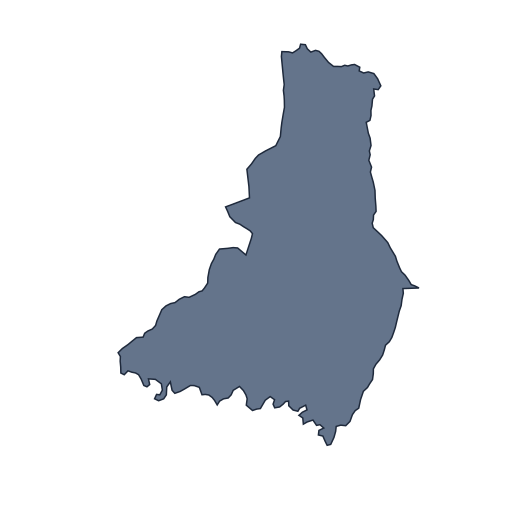 outline of Astorga, Paraná, Brazil, rotated 349°
{"feature_id": "56859067B33655617735681", "entity_name": "Astorga", "entity_type": "district", "adm_level": 2, "iso_a3": "BRA", "parent_name": "Brazil", "parent_adm1": "Paraná", "projection": "natural_earth1", "projection_center": [-51.712, -23.236], "detail": "fine", "context": "isolated", "style": "filled", "palette": "slate", "viewbox_px": 512, "rotation_deg": 349, "n_neighbors": 0, "source": "geoboundaries", "source_scale": "gbopen_adm2", "svg_char_len": 3092}
<svg xmlns="http://www.w3.org/2000/svg" viewBox="0 0 512 512"><g transform="rotate(349 256 256)"><path d="M407.7,116.0L411.0,112.8L409.2,105.2L406.5,99.4L401.3,96.7L396.6,96.9L392.6,94.0L393.9,90.5L389.3,86.8L386.1,86.6L382.4,87.0L379.5,85.7L376.0,86.4L372.4,85.5L368.3,84.7L364.1,79.8L361.0,74.1L359.0,70.0L356.9,67.1L353.7,65.5L348.7,66.3L345.9,62.4L344.8,58.0L340.2,56.6L338.4,60.3L333.8,62.4L330.6,63.6L327.0,61.8L320.4,60.3L319.0,65.0L317.3,82.4L316.8,88.0L316.4,93.1L314.5,98.6L314.1,104.3L313.5,108.7L312.3,115.5L309.7,122.2L306.9,129.7L305.1,135.2L302.7,143.4L299.3,147.8L296.5,151.5L285.9,154.5L277.8,157.3L274.0,160.0L269.2,164.7L263.6,169.1L262.3,186.5L260.7,197.7L235.5,202.0L236.7,206.9L237.8,212.5L242.2,219.2L246.2,221.7L249.4,224.9L252.2,227.4L255.1,230.2L256.8,233.4L254.8,237.8L246.3,253.1L239.5,244.6L235.2,243.4L229.8,243.1L221.5,242.2L216.8,246.7L213.9,251.2L210.8,254.9L207.6,260.4L204.7,267.8L203.4,273.4L199.2,277.7L196.4,280.0L193.2,280.2L189.1,282.1L182.4,283.8L178.0,282.3L172.5,283.8L167.6,286.3L163.1,286.4L158.1,287.8L153.3,290.7L150.3,295.1L146.3,300.9L144.2,305.0L140.3,307.9L135.5,309.0L132.0,310.6L129.7,314.1L123.1,313.3L117.7,316.2L113.5,318.5L107.2,321.3L102.2,324.6L103.7,328.8L102.6,333.3L102.0,339.3L101.0,345.1L104.0,347.4L108.4,344.3L112.0,346.4L115.4,347.8L118.1,350.1L119.8,355.0L121.2,361.7L124.0,363.6L127.1,361.9L127.0,356.1L133.7,357.9L138.7,363.4L138.5,369.8L135.1,373.9L132.0,372.9L129.2,376.8L132.8,379.5L138.1,378.6L141.5,375.2L143.4,367.5L147.9,363.2L148.0,371.8L150.1,375.3L155.7,374.5L160.5,372.9L166.9,370.6L170.6,371.4L175.3,374.1L176.5,381.9L179.8,382.2L183.1,383.4L186.0,386.5L187.7,389.7L189.5,394.8L192.6,391.5L196.9,390.0L201.6,390.1L205.1,387.6L208.0,383.5L214.9,380.9L218.0,385.7L219.6,390.4L220.1,394.4L218.0,400.6L223.1,407.0L227.4,406.4L231.2,406.6L237.6,399.3L243.1,396.7L246.8,400.6L244.5,404.7L245.4,408.6L250.4,408.7L254.4,406.6L257.2,404.5L260.3,404.7L259.6,409.3L263.0,414.3L267.5,416.4L269.8,413.8L276.3,411.9L276.7,416.8L271.7,418.2L267.7,420.6L271.0,423.9L270.4,430.1L274.5,428.7L280.6,427.9L283.1,433.8L286.6,433.8L289.7,437.8L284.5,439.2L283.1,443.6L287.3,445.5L288.5,451.0L289.7,455.4L293.4,455.2L297.9,449.0L300.7,443.4L302.2,438.6L306.9,438.2L311.7,439.7L316.7,436.3L320.4,430.1L323.9,426.7L327.8,425.0L331.3,416.8L335.6,409.3L340.3,406.4L343.1,403.2L346.8,399.5L348.7,393.9L349.7,389.2L353.0,385.2L357.6,381.5L361.4,377.4L364.0,372.7L366.1,368.3L370.5,365.6L373.8,361.9L376.5,357.4L379.1,352.8L381.7,347.0L386.2,337.3L389.0,332.5L391.0,326.5L393.5,320.7L394.0,316.0L409.9,318.5L406.1,315.6L402.9,313.7L401.4,309.4L398.7,303.3L395.8,299.2L394.7,295.0L393.3,287.8L392.8,282.9L389.3,273.4L387.9,268.0L383.2,259.9L376.5,250.6L376.3,246.0L378.1,242.7L379.2,238.2L382.4,235.1L383.2,229.8L384.1,221.7L385.3,214.4L385.2,205.9L384.7,200.5L384.3,195.4L386.4,190.8L385.0,183.6L387.4,178.4L387.3,174.5L390.0,169.5L390.5,162.1L389.7,156.9L389.7,151.5L389.7,145.8L393.7,144.6L395.7,140.1L396.6,135.0L398.4,130.9L400.3,124.3L402.9,121.5L403.4,114.5L407.7,116.0Z" fill="#64748b" stroke="#1e293b" stroke-width="1.5"/></g></svg>